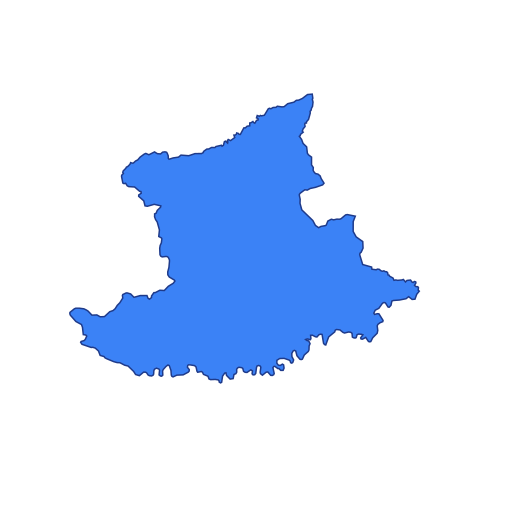 Uberlândia, Minas Gerais, Brazil, rotated 122°
{"feature_id": "56859067B26403071497163", "entity_name": "Uberlândia", "entity_type": "district", "adm_level": 2, "iso_a3": "BRA", "parent_name": "Brazil", "parent_adm1": "Minas Gerais", "projection": "albers", "projection_center": [-48.327, -19.004], "detail": "fine", "context": "isolated", "style": "filled", "palette": "blue", "viewbox_px": 512, "rotation_deg": 122, "n_neighbors": 0, "source": "geoboundaries", "source_scale": "gbopen_adm2", "svg_char_len": 6148}
<svg xmlns="http://www.w3.org/2000/svg" viewBox="0 0 512 512"><g transform="rotate(122 256 256)"><path d="M199.3,98.9L199.0,100.4L196.7,101.5L196.3,102.6L197.2,104.2L196.9,106.0L194.1,106.1L193.3,106.9L193.7,108.2L195.2,108.7L195.4,109.9L194.5,112.2L196.7,115.0L198.8,115.5L197.8,118.6L199.1,119.7L201.6,123.0L202.2,124.7L203.5,126.1L202.1,128.1L202.3,132.1L201.7,133.0L202.1,134.1L200.5,135.4L200.1,136.8L200.8,138.2L200.8,139.7L201.8,140.5L202.3,141.9L202.0,144.5L202.8,146.1L204.0,146.8L205.8,150.7L204.1,152.1L206.7,161.0L200.0,168.7L198.6,169.3L197.1,168.8L192.6,169.4L187.2,173.1L186.7,181.2L183.7,186.6L175.3,191.8L169.6,192.9L172.5,200.6L173.7,201.8L179.4,203.7L180.6,204.7L181.9,207.0L184.2,209.3L184.9,211.6L188.3,213.6L192.5,212.8L193.5,213.3L196.5,216.6L198.8,217.9L198.6,221.8L195.8,226.6L192.6,241.6L188.0,246.6L184.5,248.6L181.7,251.3L180.8,251.9L179.4,251.8L174.0,249.7L172.9,247.4L170.0,245.8L166.2,241.9L160.4,237.2L158.2,236.9L155.8,241.8L154.1,244.0L153.7,246.8L154.6,249.3L153.8,251.8L153.0,253.0L150.6,254.3L149.3,257.2L142.7,261.3L142.4,265.1L141.6,266.9L136.6,270.9L135.6,275.7L133.0,279.1L131.5,282.7L130.4,282.3L129.2,282.7L126.0,281.6L125.6,282.9L123.2,283.4L120.2,283.0L118.3,284.6L117.2,284.7L116.5,283.7L115.4,284.3L112.4,283.8L106.1,285.7L104.6,286.8L103.4,286.5L100.9,287.3L99.3,287.3L95.3,289.2L93.2,291.3L92.1,291.4L88.9,294.1L91.8,297.9L97.9,300.2L101.3,302.5L102.6,304.3L105.5,305.4L110.0,309.8L114.5,311.3L115.8,313.0L117.7,317.3L119.3,317.8L121.0,320.2L123.2,321.4L123.6,322.9L124.7,323.6L132.2,323.5L134.3,325.7L134.5,326.8L135.7,327.1L136.2,329.4L138.6,328.8L138.4,327.1L139.4,326.3L140.7,327.4L144.0,327.4L144.1,328.8L143.6,329.9L145.7,330.9L146.5,331.8L148.9,330.3L150.6,332.3L152.9,332.9L153.8,334.2L161.2,333.7L161.8,334.8L161.4,336.0L161.9,337.6L163.1,337.2L164.3,337.6L165.2,338.8L166.8,336.8L171.6,338.7L171.9,341.3L173.4,341.4L174.2,340.3L175.3,339.9L174.8,342.8L175.8,343.4L179.4,342.3L180.9,343.0L180.4,344.0L184.4,348.0L185.8,348.3L187.5,351.2L190.3,352.8L191.4,354.4L195.1,355.9L196.2,355.5L198.0,356.5L201.5,362.0L206.6,366.2L210.2,373.1L213.2,374.1L216.8,378.3L220.0,381.0L219.7,382.1L217.6,383.5L216.0,385.6L215.4,386.8L215.9,388.4L217.4,390.2L220.0,391.0L221.5,393.9L221.5,397.2L226.9,400.5L227.4,403.8L228.8,404.8L233.6,406.7L237.1,407.2L239.3,408.5L242.0,409.2L242.9,410.2L243.2,411.8L245.1,411.5L248.1,412.2L249.3,413.0L250.7,412.9L254.2,413.7L255.7,413.3L256.2,412.2L258.7,412.7L259.9,412.1L264.7,407.6L264.6,406.3L263.4,405.1L264.7,402.4L264.6,400.7L261.8,395.5L262.8,389.0L262.3,387.7L263.6,386.6L266.4,387.8L267.6,387.1L268.7,380.4L272.3,376.7L271.4,374.5L266.1,369.7L263.9,363.3L265.2,362.8L269.6,363.9L272.7,363.4L274.0,364.3L275.1,363.6L276.5,362.8L278.3,360.5L279.5,357.8L285.1,351.7L291.0,348.8L290.8,345.7L291.4,344.9L295.1,343.2L297.7,342.9L300.4,341.8L305.8,338.1L306.6,336.7L306.5,335.1L304.0,332.0L303.5,330.7L303.8,329.4L305.2,327.3L306.5,326.5L311.8,323.8L316.3,322.4L318.7,320.8L319.8,318.4L319.7,312.5L320.2,311.5L322.9,311.7L328.1,314.3L333.9,315.5L336.0,319.4L340.4,322.0L341.2,323.2L345.3,323.4L346.6,322.6L349.1,323.5L349.0,325.3L347.3,327.5L350.9,333.2L355.7,337.6L354.6,342.2L355.5,345.5L356.2,346.6L359.2,348.5L360.2,348.4L362.3,346.7L367.8,346.7L371.4,347.5L375.3,347.5L378.0,348.3L380.7,350.5L387.7,352.4L390.1,355.9L390.3,359.7L393.1,363.8L391.7,369.3L391.7,371.4L392.0,374.0L393.9,378.2L395.8,381.2L397.1,382.1L402.4,383.9L403.7,383.2L404.6,382.0L407.0,374.0L406.6,367.7L408.4,365.4L414.2,360.8L413.2,358.5L413.6,357.1L417.3,356.6L418.9,357.0L421.1,359.0L422.1,359.0L423.1,356.8L420.9,347.3L419.9,346.0L419.3,343.5L420.0,339.3L422.9,335.5L421.8,331.6L422.4,330.0L422.2,327.9L421.0,320.7L420.0,317.3L418.6,314.8L418.2,309.5L417.1,306.2L418.7,298.7L420.3,295.3L419.3,291.5L414.1,289.8L413.1,288.2L413.0,286.9L414.1,284.5L414.0,283.0L413.0,280.9L411.6,280.1L410.4,280.2L407.5,281.8L405.8,282.1L403.9,281.0L403.3,278.4L403.9,277.3L408.2,275.2L408.4,273.4L407.9,272.3L406.4,271.9L403.0,274.3L401.4,274.5L397.3,273.8L395.1,272.9L394.9,271.5L398.1,267.5L401.9,264.7L402.6,263.6L402.5,262.3L399.0,260.0L395.4,254.8L390.4,251.9L389.0,251.7L387.7,252.4L386.7,255.2L385.1,255.9L384.1,255.6L383.3,254.3L381.5,250.0L381.9,248.0L385.0,245.0L385.5,243.9L382.9,241.1L383.0,239.7L384.2,237.8L383.4,233.0L385.2,230.7L384.9,229.0L382.3,225.2L381.1,222.4L381.4,221.2L382.4,220.4L382.4,218.8L381.3,218.2L375.6,220.7L371.9,220.5L371.0,219.6L372.9,217.7L374.1,212.7L372.1,210.4L368.1,211.9L366.5,210.7L364.7,210.8L362.3,212.4L360.7,212.3L359.4,211.5L358.3,209.0L358.3,207.7L360.4,205.4L360.4,203.6L359.5,201.9L355.3,200.1L355.3,198.1L358.0,196.9L358.4,195.5L357.4,194.2L355.7,194.0L350.3,196.5L348.7,196.8L347.4,195.7L347.1,194.2L347.7,193.0L352.4,190.9L353.4,189.9L353.7,187.4L349.1,185.8L348.1,184.5L349.4,180.3L348.7,178.9L347.3,178.1L346.0,178.3L341.7,182.5L340.3,182.4L339.6,181.6L339.9,177.8L339.3,176.8L339.9,174.4L338.6,172.4L336.2,172.8L333.7,174.9L333.7,176.3L336.0,177.5L336.7,179.2L335.9,181.5L333.4,183.0L330.4,181.6L327.9,177.9L326.7,172.8L326.9,171.4L328.1,170.1L327.9,168.9L326.8,168.4L324.2,169.0L322.3,172.2L319.7,174.0L316.9,174.2L315.7,173.5L315.5,172.0L318.9,168.4L320.3,164.0L319.9,162.8L318.9,162.0L314.4,162.6L309.2,161.1L307.6,161.3L304.1,163.3L301.7,163.7L300.1,166.3L300.7,168.1L300.5,169.7L299.1,168.5L298.1,165.5L296.9,165.7L294.3,167.7L293.3,166.3L293.0,162.8L292.4,161.4L289.4,160.9L288.0,159.7L287.5,158.4L294.2,152.5L294.8,151.0L294.5,149.7L286.1,151.5L278.6,149.0L277.0,149.5L275.7,148.8L274.2,145.7L274.7,141.8L274.4,140.1L271.3,137.1L270.5,135.2L270.7,133.6L273.7,131.3L273.7,130.1L273.1,128.5L272.1,127.8L269.2,128.6L267.9,127.7L266.5,125.1L266.2,123.6L270.0,123.9L270.7,122.9L270.1,121.6L266.9,119.8L268.9,115.3L268.5,114.0L267.7,113.3L263.5,113.7L257.3,112.3L254.6,113.3L251.0,116.2L249.4,116.4L246.8,115.4L244.5,113.7L243.3,114.1L239.9,121.1L240.6,122.5L242.7,124.5L242.0,125.8L238.8,126.2L235.3,124.1L229.0,123.7L227.6,122.8L227.2,121.4L229.3,117.0L228.9,115.9L226.3,115.4L222.2,116.9L220.9,115.9L217.3,111.0L212.7,106.1L209.6,105.0L210.1,100.6L208.4,98.3L203.3,99.4L199.3,98.9Z" fill="#3b82f6" stroke="#1e3a8a" stroke-width="1.5"/></g></svg>